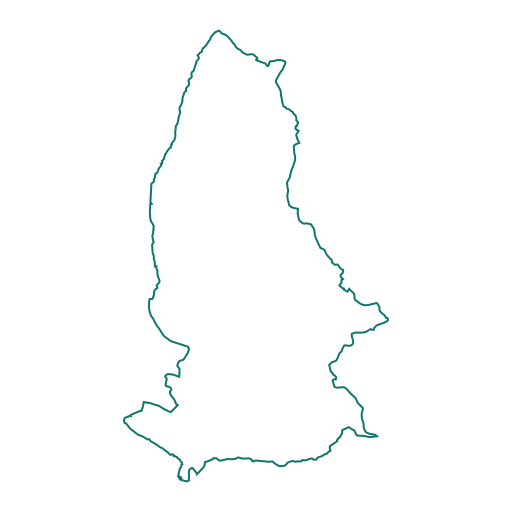 Dambovicioara, Arges, Romania (Equal Earth projection)
{"feature_id": "2599482B9633090752997", "entity_name": "Dambovicioara", "entity_type": "district", "adm_level": 2, "iso_a3": "ROU", "parent_name": "Romania", "parent_adm1": "Arges", "projection": "equal_earth", "projection_center": [25.229, 45.461], "detail": "fine", "context": "isolated", "style": "outline", "palette": "teal", "viewbox_px": 512, "rotation_deg": 0, "n_neighbors": 0, "source": "geoboundaries", "source_scale": "gbopen_adm2", "svg_char_len": 6053}
<svg xmlns="http://www.w3.org/2000/svg" viewBox="0 0 512 512"><path d="M376.9,436.2L375.8,435.2L374.4,434.6L369.5,433.8L366.1,432.3L365.3,431.3L363.8,428.0L363.6,423.6L362.2,419.4L361.7,416.5L361.7,413.5L362.9,408.9L362.9,408.1L357.8,403.0L355.7,398.3L349.7,392.6L347.8,390.2L345.2,387.7L343.4,387.2L337.0,387.7L335.1,387.2L334.3,386.5L332.6,380.5L333.7,379.4L335.8,379.4L336.2,377.2L335.2,376.0L333.2,374.6L332.8,373.4L330.6,371.1L329.2,364.9L332.2,362.1L334.9,361.3L336.4,360.3L338.0,357.2L339.6,353.1L341.6,351.2L342.5,348.6L344.1,345.6L345.0,345.3L348.7,345.8L350.8,345.6L352.7,344.0L353.3,342.1L351.6,334.9L351.9,333.9L355.2,332.6L362.5,332.6L365.7,332.1L370.5,329.1L372.8,329.9L373.8,329.7L374.4,327.7L376.4,325.6L379.6,324.2L384.8,322.5L385.5,321.8L386.8,321.5L388.1,319.8L387.4,318.0L386.2,318.0L384.4,315.1L381.6,313.0L379.9,311.1L379.4,309.4L379.5,307.4L377.2,303.2L375.3,303.3L368.3,305.0L365.6,305.3L363.2,304.9L360.3,303.7L355.7,300.3L354.7,299.0L354.2,293.9L349.2,288.9L347.3,291.7L344.0,289.7L344.1,288.6L342.7,288.3L339.6,285.8L339.6,284.7L340.2,284.4L341.5,282.4L341.4,280.1L343.0,279.1L340.9,276.9L340.5,275.2L342.7,272.8L343.1,271.6L343.1,270.0L341.3,269.1L340.2,268.0L337.6,264.5L335.0,264.8L332.5,263.0L331.9,262.2L331.9,260.3L327.0,255.2L324.3,249.7L320.3,247.8L315.7,237.9L314.6,234.1L314.7,232.0L314.0,229.0L311.1,224.5L310.5,224.1L306.9,223.4L303.6,223.6L301.4,222.4L299.3,220.3L298.7,218.8L297.7,213.5L297.9,208.8L293.5,207.9L291.1,206.9L289.3,205.4L287.4,197.8L287.4,195.2L288.2,190.0L287.5,187.8L287.0,182.5L289.7,177.6L291.2,170.8L292.3,168.4L295.0,160.4L295.2,156.5L294.4,154.0L293.8,146.4L294.5,145.2L295.7,144.3L299.2,143.0L297.1,138.3L296.3,135.6L296.3,134.6L298.6,130.9L296.5,129.8L295.5,128.5L295.7,127.7L295.5,126.7L296.4,125.8L297.3,125.6L297.3,124.3L298.0,123.2L298.0,122.2L296.4,120.6L296.4,118.6L295.5,115.4L293.6,113.8L292.5,111.8L291.0,111.1L289.3,109.4L286.6,108.7L285.6,107.3L284.0,106.7L283.4,106.0L282.3,102.2L281.5,97.3L281.0,95.5L280.7,91.2L279.6,88.5L275.9,82.2L275.9,81.2L276.6,79.2L280.2,72.6L282.5,69.6L284.7,64.8L285.5,62.1L284.5,61.2L281.4,60.2L277.8,59.9L274.0,61.0L270.0,61.4L269.2,63.0L268.7,65.1L268.0,65.9L267.3,66.1L266.2,64.3L264.9,63.3L256.4,60.3L256.1,59.7L257.3,58.8L257.3,57.9L253.3,54.5L251.7,54.1L247.3,54.8L243.0,52.9L240.1,49.8L237.9,48.9L236.5,47.7L235.5,46.5L234.7,44.8L232.8,42.8L231.2,40.4L227.9,36.7L225.6,34.8L222.2,33.7L219.1,30.7L215.3,32.1L212.2,35.3L210.7,37.5L210.2,39.6L208.6,41.2L207.7,43.0L205.4,46.1L202.7,48.6L201.6,51.9L200.3,52.4L198.6,54.5L197.5,55.2L198.8,57.5L198.7,58.7L196.5,61.3L196.1,63.6L195.5,64.7L194.0,69.7L193.5,70.8L191.8,72.4L191.4,74.0L191.8,76.6L191.2,77.8L189.3,79.2L188.5,80.3L189.1,83.5L188.8,85.1L186.1,88.4L186.1,91.0L184.6,91.9L183.8,93.8L183.7,94.6L182.4,98.3L182.5,100.5L181.9,103.0L181.1,105.0L179.7,107.2L179.4,109.5L180.2,112.2L179.5,114.9L178.9,115.7L178.7,117.7L177.3,124.0L175.8,126.1L175.7,128.9L175.2,131.8L175.4,136.1L174.4,140.0L171.6,143.5L171.9,144.4L171.1,145.0L170.9,147.4L169.5,148.2L166.9,151.5L166.1,153.2L165.3,154.1L163.7,159.3L162.1,160.9L162.3,161.6L161.9,162.2L162.3,163.0L162.0,163.6L160.9,163.9L161.3,164.7L161.2,165.5L158.9,168.3L157.4,172.5L156.8,173.2L155.5,173.6L154.7,178.0L153.8,179.7L154.2,181.2L151.4,183.8L150.4,202.2L151.7,203.7L150.3,204.1L149.8,212.3L150.3,218.9L151.1,221.5L152.4,223.4L153.8,226.4L153.4,227.9L153.7,229.4L153.2,230.1L153.1,233.8L152.3,235.7L153.0,240.3L153.7,241.8L153.6,242.4L152.2,244.2L152.3,248.5L152.7,253.3L153.8,255.9L153.8,258.6L154.7,261.8L154.9,266.4L156.5,266.3L156.2,267.6L157.4,270.8L157.5,275.1L159.6,280.8L159.3,282.2L156.6,285.5L157.3,287.0L157.3,288.0L155.5,289.1L154.0,291.7L153.9,295.1L153.3,296.3L153.3,297.4L152.7,298.0L152.4,299.0L149.7,298.9L149.3,299.9L149.0,306.0L149.3,310.2L150.9,315.7L152.9,318.2L156.1,324.6L159.2,328.8L163.8,335.9L170.7,341.1L187.8,346.6L188.5,347.3L188.5,348.8L189.0,349.5L187.4,353.6L183.5,359.7L179.5,361.0L178.1,362.6L177.3,365.7L179.6,369.0L179.2,376.8L173.7,374.8L170.2,374.2L167.4,374.2L165.7,375.4L165.2,376.7L166.3,377.8L166.7,379.1L166.6,380.2L166.2,380.9L165.6,384.7L165.8,385.6L166.3,386.1L169.7,387.1L170.8,388.0L171.3,389.4L169.9,392.0L169.9,392.7L170.5,393.9L170.3,394.4L174.6,400.2L176.1,404.0L177.8,405.1L170.7,412.1L168.0,411.2L166.2,410.0L164.4,409.3L158.5,405.6L155.0,404.8L150.3,403.1L143.7,402.1L143.1,406.0L141.5,410.9L140.3,410.9L133.1,413.8L130.3,415.3L130.6,416.0L129.7,415.8L128.2,416.8L127.8,416.6L124.9,417.9L124.4,418.6L123.9,421.5L124.5,422.3L124.7,423.2L126.3,423.6L130.0,428.5L136.7,433.7L138.5,434.9L142.2,436.2L147.6,439.5L149.3,439.2L150.7,441.3L156.4,444.5L160.5,447.5L161.8,447.8L167.8,452.4L170.3,454.8L172.4,454.4L173.4,454.6L173.7,456.2L175.5,456.2L176.3,457.0L177.1,457.1L177.8,458.5L179.4,459.2L180.8,461.6L181.5,462.0L181.8,462.6L181.9,464.1L182.2,464.3L181.2,465.2L181.3,466.8L180.4,467.7L179.7,469.1L178.1,476.2L178.9,477.6L179.2,477.6L179.6,476.6L179.8,476.6L181.4,477.8L181.5,478.1L180.9,478.7L180.0,478.9L179.8,479.3L180.0,479.6L186.4,481.3L187.3,481.3L189.0,480.4L188.7,478.6L189.1,476.6L188.8,472.8L189.3,469.8L191.1,468.2L192.5,468.0L196.7,473.1L196.8,474.2L197.5,473.7L203.6,467.2L204.2,466.2L204.7,463.8L205.2,463.0L205.1,461.9L207.6,461.4L210.0,460.4L213.0,459.0L213.7,458.1L215.1,458.4L216.2,458.1L219.2,460.5L220.5,460.7L227.2,459.1L232.7,459.2L235.3,458.9L237.3,457.7L238.8,457.5L242.1,458.6L249.2,458.4L251.5,459.4L252.2,461.1L253.8,461.4L254.1,460.7L256.4,460.6L269.3,461.8L272.1,461.4L273.2,461.9L274.6,463.4L279.3,466.2L284.6,465.8L286.4,464.3L287.8,462.5L291.1,461.3L293.1,461.0L295.5,461.8L297.8,461.3L300.3,461.5L302.2,460.9L301.0,461.0L302.5,460.0L304.2,460.4L306.6,460.1L310.3,458.6L311.7,458.4L313.7,459.7L316.0,459.6L317.7,457.6L322.4,455.9L324.6,454.3L326.5,454.0L328.7,451.6L330.3,451.1L330.4,450.1L329.7,447.5L330.2,445.9L337.2,441.2L337.0,440.3L338.3,438.3L338.9,438.1L340.3,436.8L340.6,435.7L342.0,433.6L342.3,430.1L348.8,427.1L351.9,429.3L354.2,430.2L356.3,434.6L357.1,435.5L363.7,435.9L369.9,437.2L376.9,436.2Z" fill="none" stroke="#0f766e" stroke-width="2"/></svg>